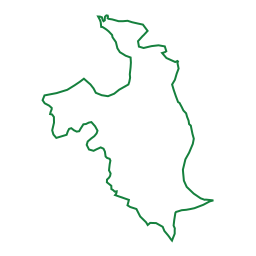 Ughelli South, Delta, Nigeria (Robinson projection)
{"feature_id": "59680162B30773939854921", "entity_name": "Ughelli South", "entity_type": "district", "adm_level": 2, "iso_a3": "NGA", "parent_name": "Nigeria", "parent_adm1": "Delta", "projection": "robinson", "projection_center": [5.889, 5.347], "detail": "fine", "context": "isolated", "style": "outline", "palette": "green", "viewbox_px": 256, "rotation_deg": 0, "n_neighbors": 0, "source": "geoboundaries", "source_scale": "gbopen_adm2", "svg_char_len": 2418}
<svg xmlns="http://www.w3.org/2000/svg" viewBox="0 0 256 256"><path d="M169.3,237.0L170.8,239.2L172.0,240.6L173.0,237.9L173.6,236.5L174.7,233.7L174.7,231.9L174.7,230.1L174.8,228.3L173.6,225.6L174.2,220.3L175.4,212.8L176.1,211.9L177.9,211.4L181.7,210.2L186.2,209.8L190.1,209.1L194.4,208.2L203.3,204.8L209.5,201.5L210.0,201.3L213.4,200.4L205.8,199.6L204.7,199.8L200.6,198.3L193.7,193.6L186.7,186.9L183.9,180.7L183.2,173.5L182.9,169.7L185.4,159.3L189.1,152.7L192.8,143.9L193.8,138.7L192.5,134.0L191.3,128.2L190.8,125.6L189.1,124.1L188.6,120.7L187.5,117.9L187.1,116.9L186.1,113.3L183.4,110.5L181.8,107.2L179.5,102.9L178.1,102.1L175.9,96.3L173.7,89.9L172.1,84.5L174.9,79.8L176.7,73.6L178.6,68.6L177.6,63.7L177.5,62.8L178.0,61.5L177.5,61.1L177.4,61.0L175.2,62.0L166.4,58.0L162.1,53.0L165.0,52.1L166.3,51.2L164.8,46.4L158.5,45.3L151.7,46.1L150.3,46.4L143.6,48.0L138.9,46.6L138.8,45.8L138.0,41.2L142.6,36.1L143.5,35.3L147.6,30.9L142.9,24.6L138.2,23.6L132.0,22.2L127.6,20.8L122.9,21.2L118.6,21.2L113.6,19.8L112.2,19.4L110.2,19.1L108.4,18.8L107.6,18.1L108.0,16.8L107.7,15.6L106.4,15.4L105.1,16.6L104.8,17.8L104.8,20.3L103.5,21.2L102.7,20.0L101.9,17.3L100.0,16.6L98.1,16.5L99.8,19.7L100.7,22.1L101.2,26.9L102.5,27.0L104.6,28.3L106.5,29.6L108.7,31.4L112.1,35.0L112.5,37.2L115.9,42.1L117.4,48.3L119.9,52.2L123.4,54.3L125.6,55.7L130.6,57.5L130.9,62.5L130.6,67.2L130.4,69.0L129.8,74.3L130.1,77.7L129.3,81.8L128.4,84.5L119.2,89.7L114.2,93.7L108.0,96.2L101.7,95.2L95.8,92.8L93.6,88.5L90.5,84.5L87.4,81.8L83.9,78.7L79.8,81.8L74.6,85.3L67.3,89.8L56.6,93.1L44.5,95.4L42.6,100.2L44.7,103.3L47.0,104.5L49.1,105.6L51.7,107.9L51.7,109.2L50.6,112.0L50.1,114.1L52.1,114.5L53.9,117.0L54.0,122.7L52.2,130.3L53.4,134.5L56.3,137.9L66.6,134.8L67.8,131.4L69.1,128.9L71.3,128.2L74.0,130.3L76.7,131.6L79.2,131.2L80.4,129.0L83.4,124.3L86.0,124.0L88.8,122.6L91.4,122.1L95.1,126.3L97.5,130.7L96.6,133.4L94.3,136.2L91.3,138.4L87.7,141.5L86.7,144.9L89.0,149.5L93.6,150.8L96.3,149.4L100.7,147.4L103.5,148.7L104.9,151.6L105.6,156.5L107.0,157.9L109.6,158.8L110.4,160.6L109.7,164.2L109.0,170.3L110.6,173.5L110.1,175.9L109.1,177.6L107.0,179.6L106.9,182.3L111.3,185.8L111.4,189.1L113.1,190.1L114.7,191.6L116.7,191.3L116.5,192.7L116.0,194.0L115.1,195.1L128.9,199.9L127.5,205.3L130.2,207.0L136.4,209.0L140.2,216.5L146.1,222.3L147.7,225.0L150.2,222.9L156.1,223.1L162.7,226.8L164.4,231.0L168.1,235.4L169.3,237.0Z" fill="none" stroke="#15803d" stroke-width="2"/></svg>